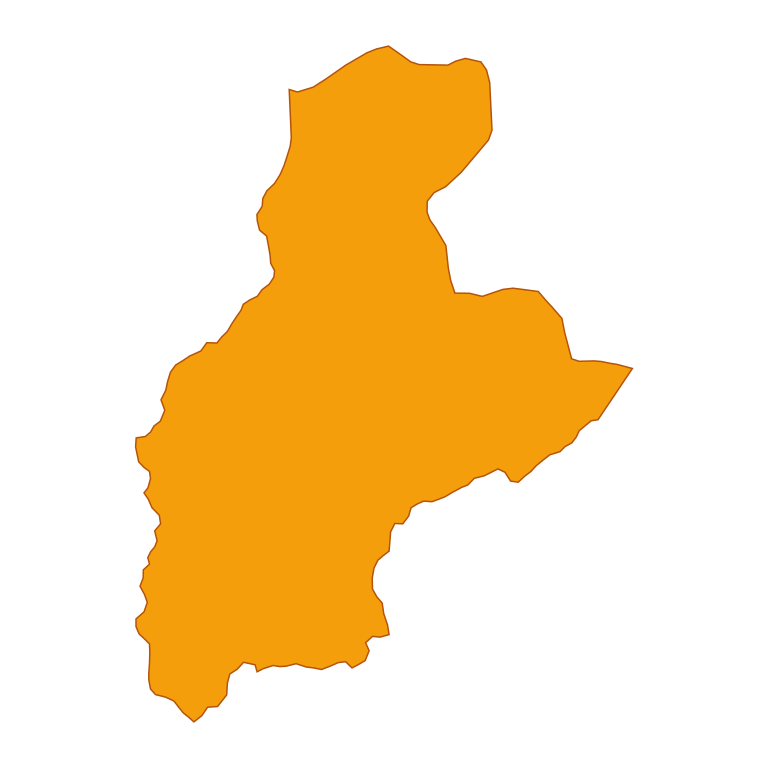 Moreilândia, Pernambuco, Brazil
{"feature_id": "56859067B7731358809520", "entity_name": "Moreilândia", "entity_type": "district", "adm_level": 2, "iso_a3": "BRA", "parent_name": "Brazil", "parent_adm1": "Pernambuco", "projection": "mercator", "projection_center": [-39.529, -7.615], "detail": "fine", "context": "isolated", "style": "filled", "palette": "amber", "viewbox_px": 768, "rotation_deg": 0, "n_neighbors": 0, "source": "geoboundaries", "source_scale": "gbopen_adm2", "svg_char_len": 2575}
<svg xmlns="http://www.w3.org/2000/svg" viewBox="0 0 768 768"><path d="M513.0,288.2L502.9,289.4L482.3,296.4L469.6,293.3L454.9,293.1L450.7,280.5L448.3,268.0L445.9,245.6L435.4,227.7L429.9,219.9L427.1,212.3L427.2,201.3L434.1,192.6L445.6,186.7L461.2,172.3L488.5,140.0L492.0,130.2L489.7,82.5L486.5,70.0L480.9,61.9L465.4,58.4L455.6,61.2L448.0,65.1L419.2,64.6L410.8,61.9L397.7,52.5L388.5,46.1L376.7,48.9L366.9,52.8L345.8,65.1L325.9,79.0L313.1,87.2L297.5,92.0L289.2,89.5L291.3,137.6L290.2,146.3L286.8,157.2L284.0,165.7L280.2,174.4L274.6,183.4L266.9,190.8L262.8,198.5L262.2,206.3L256.9,214.6L257.3,221.0L259.6,230.2L266.6,236.0L268.2,244.5L270.1,255.3L270.7,263.3L274.6,270.7L273.9,277.1L269.3,284.1L262.0,289.7L257.3,296.3L250.0,299.8L243.3,304.3L240.9,310.5L237.0,315.9L232.1,323.3L227.4,331.4L221.7,337.0L216.9,343.0L206.8,342.7L200.8,351.0L189.9,355.9L183.2,360.4L175.6,365.1L170.4,372.3L167.5,381.9L165.8,390.2L161.0,399.8L164.8,410.3L160.3,421.2L154.0,426.0L150.6,432.0L145.3,436.5L136.2,437.9L135.6,447.0L137.3,455.1L138.7,461.8L144.0,467.4L149.5,471.4L150.5,478.6L148.0,487.8L144.0,492.9L148.2,499.0L152.0,507.7L159.3,515.3L160.6,523.8L154.7,530.9L157.1,540.8L154.7,546.9L150.6,551.8L147.8,557.6L149.5,564.1L143.3,569.9L143.2,577.8L140.0,586.2L144.6,594.7L147.3,602.4L144.0,611.9L136.0,618.9L136.0,626.6L139.1,633.9L144.9,639.3L149.5,644.0L149.8,652.1L149.5,663.3L148.8,673.1L148.8,679.8L150.5,689.0L155.5,694.6L165.5,697.1L173.9,701.0L179.0,707.6L183.2,712.8L188.4,717.0L193.9,721.9L201.9,715.6L207.6,707.2L217.6,706.5L226.7,694.9L227.4,683.0L229.8,674.0L237.1,669.3L243.6,662.3L255.1,664.8L257.1,671.8L263.4,668.6L273.1,665.5L279.8,666.6L286.1,666.2L296.1,663.7L306.2,667.0L313.5,667.9L321.5,669.5L330.8,665.9L338.2,662.6L345.6,661.7L352.0,667.9L358.0,664.8L365.2,660.6L369.1,650.7L365.6,642.7L372.5,636.4L380.2,637.1L389.1,634.6L387.5,624.9L383.7,613.6L382.2,603.1L376.8,596.8L372.5,589.1L372.2,578.2L374.0,568.1L377.8,560.3L382.6,556.1L389.1,551.1L390.0,539.7L390.6,531.9L394.8,523.5L402.8,523.8L408.6,516.2L411.1,507.7L417.4,503.9L423.7,501.1L431.9,501.7L438.8,499.2L444.9,496.8L452.5,492.3L461.8,487.3L467.8,485.0L474.3,478.3L484.0,475.9L492.0,471.9L498.0,468.9L505.0,472.3L510.6,481.1L518.2,482.2L524.8,476.1L531.0,471.4L536.3,465.6L543.2,460.0L549.8,454.8L560.1,451.6L565.0,446.6L571.9,442.8L576.2,437.2L579.2,430.7L591.1,420.8L598.0,419.7L632.4,368.5L617.1,364.4L610.2,363.3L601.2,361.5L594.3,360.9L579.2,361.3L571.6,358.8L564.7,332.7L561.9,318.4L551.9,306.9L546.3,300.9L538.3,291.5L524.8,289.7L513.0,288.2Z" fill="#f59e0b" stroke="#b45309" stroke-width="1.5"/></svg>